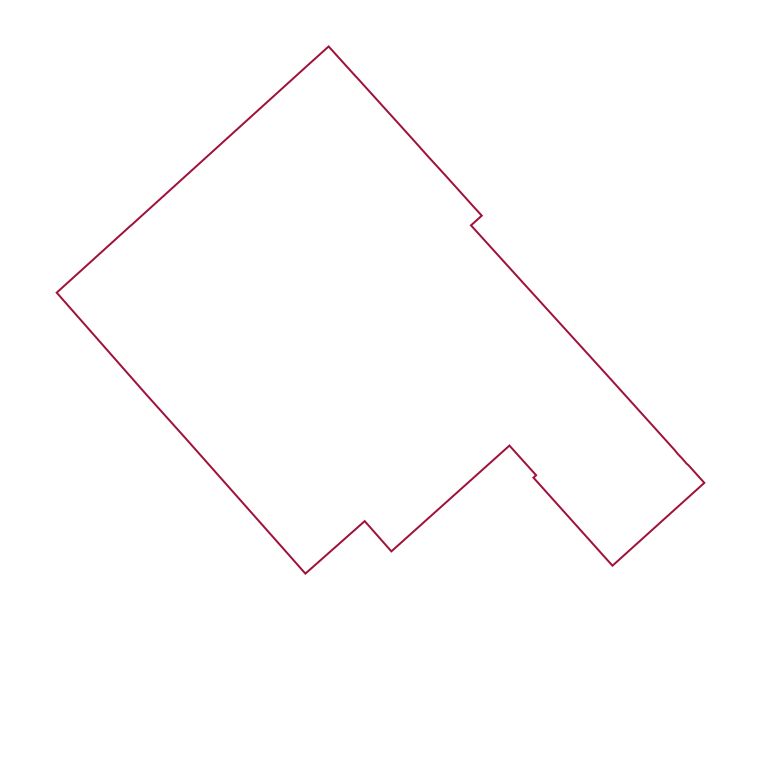 the district of Union, New Mexico, United States of America, rotated 318°
{"feature_id": "52423323B81982192352260", "entity_name": "Union", "entity_type": "district", "adm_level": 2, "iso_a3": "USA", "parent_name": "United States of America", "parent_adm1": "New Mexico", "projection": "orthographic", "projection_center": [-103.293, 36.37], "detail": "fine", "context": "isolated", "style": "outline", "palette": "rose", "viewbox_px": 768, "rotation_deg": 318, "n_neighbors": 0, "source": "geoboundaries", "source_scale": "gbopen_adm2", "svg_char_len": 580}
<svg xmlns="http://www.w3.org/2000/svg" viewBox="0 0 768 768"><g transform="rotate(318 384 384)"><path d="M569.3,324.3L569.2,312.3L569.2,277.6L569.2,271.0L569.0,244.5L569.1,224.3L568.9,137.4L568.8,136.5L568.7,96.1L538.1,96.1L512.6,96.2L302.0,96.9L301.6,96.8L201.9,97.1L200.3,233.4L200.2,292.8L198.9,452.4L198.7,472.3L277.9,473.0L277.5,513.3L436.0,513.7L436.0,553.6L432.4,553.6L432.2,671.9L555.9,671.8L555.9,648.0L555.6,645.8L555.7,637.7L555.5,632.7L555.8,627.0L555.7,527.6L555.1,407.8L555.1,407.5L554.8,324.3L569.3,324.3Z" fill="none" stroke="#9f1239" stroke-width="2"/></g></svg>